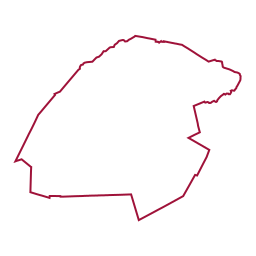 the district of Nava, Coahuila, Mexico
{"feature_id": "50627088B13414539887729", "entity_name": "Nava", "entity_type": "district", "adm_level": 2, "iso_a3": "MEX", "parent_name": "Mexico", "parent_adm1": "Coahuila", "projection": "orthographic", "projection_center": [-100.575, 28.492], "detail": "fine", "context": "isolated", "style": "outline", "palette": "rose", "viewbox_px": 256, "rotation_deg": 0, "n_neighbors": 0, "source": "geoboundaries", "source_scale": "gbopen_adm2", "svg_char_len": 3402}
<svg xmlns="http://www.w3.org/2000/svg" viewBox="0 0 256 256"><path d="M15.4,161.3L17.7,160.5L17.9,160.5L21.6,159.3L30.8,166.8L31.2,167.0L31.1,169.1L31.0,171.0L30.4,192.2L32.7,192.9L35.0,193.6L35.9,193.9L40.7,195.3L41.2,195.4L45.9,196.8L49.5,197.9L49.7,196.0L49.8,196.0L53.6,196.0L60.4,196.1L60.5,196.7L62.0,196.7L70.1,196.4L75.3,196.2L82.9,196.0L84.1,195.9L84.6,195.9L85.2,195.9L85.7,195.9L86.2,195.8L86.9,195.8L87.4,195.8L87.8,195.8L88.5,195.8L89.1,195.7L92.4,195.6L94.6,195.6L95.1,195.5L95.7,195.5L96.0,195.5L96.9,195.5L97.4,195.5L97.9,195.5L98.1,195.4L98.4,195.4L98.7,195.4L99.6,195.4L100.4,195.4L101.1,195.3L101.9,195.3L102.4,195.3L102.6,195.3L103.3,195.3L103.5,195.3L104.4,195.3L105.7,195.2L107.0,195.2L107.5,195.2L108.8,195.1L109.0,195.1L120.3,194.8L131.1,194.4L138.8,220.1L158.6,209.5L162.6,207.4L183.2,196.1L184.2,194.3L188.5,186.7L195.1,174.9L197.1,175.5L199.1,171.6L203.1,163.8L206.6,157.1L209.3,149.9L188.5,137.9L194.4,134.9L198.2,133.1L199.8,132.3L198.1,125.9L197.7,123.3L193.7,106.0L204.4,101.6L204.9,102.4L205.5,102.6L207.4,102.0L208.6,102.4L209.1,103.0L210.7,102.9L212.1,101.8L214.1,100.8L215.6,101.9L216.4,101.9L217.1,101.2L217.2,100.4L218.9,98.2L220.9,96.1L223.3,94.4L223.7,93.9L224.2,93.9L225.3,94.6L226.5,93.6L228.2,93.6L228.7,94.2L230.0,94.2L231.1,92.4L231.1,91.4L230.8,90.8L231.9,90.3L233.9,90.7L234.3,90.7L234.6,90.3L234.9,89.7L235.4,89.1L235.8,88.7L236.1,88.4L236.3,88.0L236.4,87.4L236.5,87.2L236.6,86.9L237.3,85.9L238.1,84.4L239.0,82.7L239.7,81.4L240.3,80.2L240.4,79.7L240.5,78.6L240.5,77.9L240.5,77.2L240.6,76.4L240.6,76.1L240.5,75.9L240.0,75.1L239.9,74.9L239.8,74.3L239.8,74.0L239.7,73.9L238.8,73.2L237.5,72.6L236.8,72.4L236.2,72.3L234.5,72.0L234.3,71.9L233.7,71.4L232.7,70.9L230.4,69.8L228.9,69.2L226.9,68.6L225.7,68.2L224.6,67.9L223.8,67.6L223.2,67.2L222.8,66.8L222.7,66.4L222.6,65.5L222.5,64.8L222.3,64.0L222.2,63.7L222.1,62.3L222.0,62.0L221.9,61.8L221.7,61.6L221.4,61.5L218.4,61.0L216.9,61.0L216.7,61.0L216.6,60.9L215.8,60.4L215.7,60.3L215.3,60.3L215.1,60.2L214.9,59.9L214.8,59.7L208.6,61.6L205.8,59.8L202.3,57.7L196.6,54.1L194.4,52.6L188.9,49.1L187.7,48.3L187.1,48.0L186.7,47.7L185.8,47.2L184.0,46.1L182.0,44.8L179.6,44.4L175.9,43.6L175.6,43.6L175.0,43.5L174.1,43.3L173.6,43.2L172.0,42.9L168.5,42.2L168.3,42.2L168.0,42.1L167.4,42.0L167.2,41.9L166.8,41.9L166.6,41.8L166.3,41.8L165.7,41.7L165.1,41.5L164.9,41.5L164.5,41.4L163.9,41.3L164.0,41.9L163.6,41.9L163.2,41.8L162.9,41.9L162.2,41.8L161.3,41.7L161.2,41.7L161.0,41.2L160.4,41.6L160.1,41.9L159.9,42.0L159.3,42.5L159.2,42.2L158.8,42.1L158.5,41.9L158.0,41.8L158.0,42.0L157.6,41.9L155.9,41.7L155.7,41.7L155.7,40.9L155.5,40.0L155.5,39.7L148.5,38.3L148.2,38.3L142.6,37.1L135.2,35.9L134.7,36.5L133.0,37.5L131.2,38.6L128.8,39.8L127.2,41.2L125.1,41.5L123.7,40.1L122.8,40.0L121.8,40.2L119.0,40.9L117.0,43.2L114.8,44.7L114.4,45.4L114.4,45.5L113.8,47.0L110.8,47.2L109.6,47.6L109.1,48.1L105.8,51.1L104.9,51.3L103.6,51.2L101.6,54.3L100.5,55.3L99.0,56.7L96.5,57.5L94.9,59.1L92.4,61.7L86.9,62.2L85.1,62.6L84.9,62.6L83.5,63.4L83.2,64.1L82.9,64.6L82.7,64.7L82.4,64.7L81.8,64.8L81.1,65.0L80.9,65.2L80.8,65.3L80.3,66.2L80.3,66.3L80.1,66.5L79.8,67.3L79.9,68.8L78.4,69.8L67.3,82.9L59.9,91.7L59.6,91.8L58.1,92.4L54.5,94.0L55.0,95.0L49.6,101.4L44.2,107.8L40.1,112.7L38.6,114.4L38.3,114.7L38.2,114.9L36.1,119.4L34.3,123.2L31.6,128.7L29.5,132.8L28.6,134.5L28.3,135.2L22.2,147.6L15.4,161.3Z" fill="none" stroke="#9f1239" stroke-width="2"/></svg>